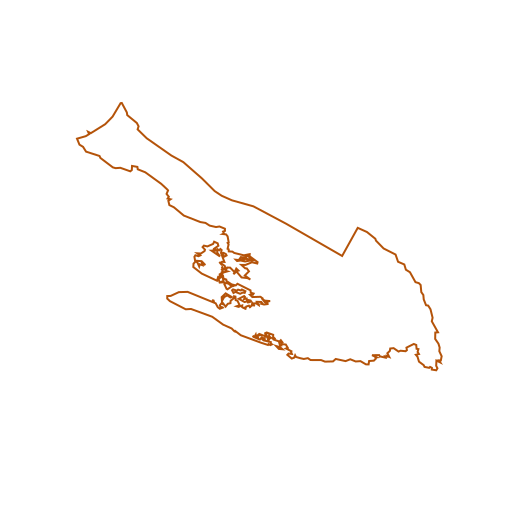 Buton Utara, Sulawesi Tenggara, Indonesia (Equal Earth projection), rotated 116°
{"feature_id": "22746128B51044624823813", "entity_name": "Buton Utara", "entity_type": "district", "adm_level": 2, "iso_a3": "IDN", "parent_name": "Indonesia", "parent_adm1": "Sulawesi Tenggara", "projection": "equal_earth", "projection_center": [123.089, -4.753], "detail": "fine", "context": "isolated", "style": "outline", "palette": "amber", "viewbox_px": 512, "rotation_deg": 116, "n_neighbors": 0, "source": "geoboundaries", "source_scale": "gbopen_adm2", "svg_char_len": 6133}
<svg xmlns="http://www.w3.org/2000/svg" viewBox="0 0 512 512"><g transform="rotate(116 256 256)"><path d="M229.0,468.3L233.3,463.5L233.7,459.3L236.7,454.5L234.7,440.5L236.1,438.8L239.1,423.5L238.6,420.7L236.2,416.6L235.0,406.1L233.2,405.3L229.4,406.9L227.9,401.7L229.9,400.3L229.3,392.2L232.7,372.8L235.1,364.9L235.6,363.8L239.4,363.6L241.0,360.3L243.1,360.6L242.5,357.7L244.8,359.0L248.2,356.2L248.2,351.2L251.3,338.6L249.9,320.9L248.4,315.9L249.0,311.0L247.5,304.6L245.5,301.8L245.1,295.9L247.0,294.9L248.5,296.3L249.8,294.7L250.8,295.5L249.7,292.4L250.8,290.1L255.8,286.5L256.7,287.2L257.6,285.7L262.0,284.7L262.0,283.5L263.8,282.5L262.4,279.1L262.8,276.9L260.7,267.2L257.1,262.5L259.0,261.7L260.8,251.9L262.2,251.6L263.4,256.9L268.7,261.6L270.4,265.2L271.8,260.3L271.2,258.8L272.9,255.6L278.4,257.5L279.6,250.8L279.6,254.0L281.6,259.6L278.5,266.8L282.2,268.2L279.9,268.2L277.8,274.2L279.0,276.8L282.6,276.9L282.3,274.9L285.4,278.4L288.3,278.5L288.1,277.1L290.5,275.4L290.2,272.4L291.4,271.7L292.2,265.5L291.3,261.3L289.1,260.5L289.3,245.9L291.3,244.6L290.8,241.7L292.1,241.8L293.5,244.2L294.5,241.3L290.7,234.1L291.2,231.4L292.1,231.1L292.2,228.4L290.3,223.5L292.0,226.1L292.6,229.9L293.6,228.0L293.1,225.1L294.1,224.5L296.1,227.5L296.6,230.2L295.7,229.7L295.0,231.1L296.9,235.4L298.1,234.7L298.2,232.5L298.9,232.0L298.5,235.0L300.2,238.6L302.1,238.3L301.1,237.3L301.3,235.2L301.5,237.3L304.3,239.3L305.2,238.2L303.7,240.6L305.7,242.6L308.1,242.5L308.2,243.7L307.8,242.7L307.2,243.4L308.2,244.5L308.0,246.1L306.5,246.7L309.4,249.4L309.7,251.4L307.4,249.1L304.3,253.1L304.6,254.9L301.5,256.7L301.8,258.0L303.4,257.3L307.4,259.2L309.6,258.3L311.3,260.4L314.8,261.1L312.9,265.0L313.8,264.5L313.9,266.4L316.2,266.9L317.3,265.6L316.8,263.5L316.9,263.2L319.3,265.4L318.8,267.9L316.2,271.5L318.2,301.7L322.3,309.5L329.3,315.2L330.9,318.2L333.2,317.1L334.3,313.6L334.7,295.8L332.1,291.2L329.8,268.7L332.1,255.4L331.8,246.1L333.1,242.5L333.1,240.7L332.3,242.8L333.9,234.9L331.7,213.1L330.7,206.2L329.7,206.1L329.8,204.0L328.4,202.9L328.2,204.4L326.9,204.9L328.5,212.3L327.9,214.5L326.7,214.0L326.5,215.1L329.4,215.9L329.8,222.8L329.2,223.9L329.2,221.9L326.8,221.8L328.6,220.5L328.2,218.6L326.8,219.8L325.6,217.9L325.5,219.3L324.6,218.9L324.0,211.0L322.6,213.0L321.3,213.9L320.1,212.9L319.3,206.0L321.3,205.1L322.2,202.1L322.7,204.7L323.4,203.7L322.6,197.4L320.8,196.8L321.9,194.6L324.0,196.9L325.7,195.3L325.2,193.9L323.9,194.2L322.5,190.4L324.6,187.2L326.0,188.5L326.1,181.5L326.4,183.0L328.3,180.8L329.4,184.0L331.1,184.5L332.5,178.9L330.6,177.1L328.1,177.3L329.2,175.8L328.4,171.2L327.6,167.9L325.1,164.6L325.6,161.4L321.0,151.8L320.7,147.7L317.0,140.6L313.6,139.2L311.2,129.4L307.5,126.0L307.1,120.2L304.7,116.0L305.2,109.7L304.1,107.3L300.8,108.3L298.4,104.2L295.8,103.3L294.9,104.2L294.2,103.1L294.3,108.2L291.1,101.9L291.9,100.6L290.6,95.1L289.7,96.1L289.3,94.5L288.5,94.9L288.3,92.0L285.8,95.3L282.6,94.1L280.3,94.8L278.5,91.9L279.4,86.0L277.8,84.6L276.0,79.8L274.5,79.1L272.4,80.6L265.9,75.6L265.7,73.0L269.0,71.0L268.5,69.2L271.4,68.7L272.7,66.6L274.7,69.0L275.8,66.6L279.5,63.2L280.6,57.4L281.8,55.9L280.6,51.3L279.4,50.9L279.4,48.9L281.0,48.2L279.7,43.9L277.4,43.7L275.7,45.9L270.9,48.0L270.9,43.7L269.6,45.8L268.8,44.1L264.7,45.2L261.2,49.5L257.8,50.8L254.8,53.6L252.0,58.6L246.2,61.3L244.8,59.0L237.6,69.4L234.1,70.2L227.4,75.8L225.1,79.5L225.7,81.6L221.5,86.2L217.7,88.5L216.0,91.6L209.9,95.3L209.0,97.7L209.6,101.2L203.1,110.5L202.6,115.3L198.6,119.0L198.9,125.8L193.5,131.2L193.3,144.6L189.6,154.9L188.2,156.3L185.8,166.8L186.1,176.9L218.2,178.6L213.8,242.9L212.5,280.1L216.5,302.0L216.9,313.2L215.8,321.5L210.0,338.5L203.5,362.4L202.8,376.1L198.1,405.8L194.1,417.9L190.9,418.4L188.7,421.4L185.8,433.5L183.6,435.0L177.3,443.7L178.0,444.7L193.6,446.0L203.6,449.3L218.0,458.3L218.0,461.3L219.6,459.4L222.9,461.5L229.0,468.3ZM282.0,279.7L280.3,278.2L278.6,279.8L278.0,283.5L278.7,283.5L277.7,285.9L277.5,286.3L277.8,284.7L276.1,284.0L275.2,281.8L268.6,288.8L265.7,289.5L265.3,291.1L267.0,291.6L266.8,293.6L269.9,292.4L272.2,288.2L270.7,298.3L269.7,296.4L268.1,297.0L263.3,294.3L261.4,296.0L261.5,299.9L263.9,299.8L268.7,303.9L269.5,307.4L271.4,307.9L272.7,304.6L274.1,304.4L277.9,306.6L279.3,309.9L279.9,306.4L281.4,307.6L281.9,310.8L283.7,311.0L286.9,308.7L284.5,302.6L286.3,297.6L286.2,301.3L287.7,299.9L288.1,302.9L290.3,302.5L287.6,305.7L287.2,307.8L290.3,308.8L293.4,307.5L295.6,297.0L295.3,280.2L291.2,280.9L290.0,279.2L288.4,280.6L285.8,279.0L285.0,280.4L285.4,279.1L284.6,278.7L283.3,280.5L282.2,279.1L281.9,280.9L281.2,281.5L280.8,281.4L282.0,279.7ZM294.1,250.0L292.3,250.1L292.3,254.0L293.6,254.5L294.1,257.4L295.5,258.0L296.1,262.0L297.3,262.5L299.1,260.0L297.3,258.9L296.9,253.7L294.6,251.8L294.1,250.0ZM299.6,242.1L299.0,240.3L298.4,241.4L299.3,245.1L298.3,245.8L299.9,247.8L297.6,248.0L297.2,249.1L302.0,252.7L302.4,246.1L300.5,243.9L301.3,242.9L300.3,241.6L299.6,242.1ZM298.5,267.1L293.8,264.4L292.9,268.7L293.5,271.2L295.2,272.1L298.4,268.1L298.5,267.1ZM306.9,266.6L304.0,264.6L304.5,260.8L303.5,259.9L302.9,266.9L308.0,268.8L311.4,266.9L306.9,266.6ZM295.8,277.0L293.8,273.6L293.6,275.1L292.7,274.2L288.8,277.6L293.2,279.5L295.8,277.0ZM262.8,263.4L262.0,260.9L262.6,259.2L260.9,256.4L259.7,263.2L261.3,265.0L262.8,263.4ZM266.7,267.4L265.7,263.4L262.7,259.3L262.9,263.9L266.7,267.4ZM323.9,209.3L323.1,205.9L322.4,209.3L320.4,209.5L320.0,211.7L322.1,213.2L323.9,209.3ZM268.5,287.9L270.4,284.2L268.4,282.7L267.5,283.8L267.4,286.6L268.5,287.9ZM328.1,198.4L329.5,194.7L328.2,191.3L327.4,194.5L328.1,198.4ZM263.8,265.3L262.5,265.8L263.6,269.1L266.0,269.5L266.0,267.4L264.2,267.1L263.8,265.3ZM276.8,265.4L275.9,268.2L277.8,268.2L277.9,266.6L276.8,265.4ZM268.2,272.5L268.8,270.8L267.6,269.0L267.2,269.8L268.2,272.5ZM293.2,263.5L292.1,262.4L292.8,264.8L293.2,263.5ZM326.6,213.5L327.2,212.4L326.9,211.7L326.1,212.2L326.6,213.5ZM260.0,258.9L260.7,256.2L260.5,255.5L260.0,256.8L260.0,258.9ZM326.6,207.8L325.4,207.7L325.7,208.7L326.6,207.8ZM268.7,296.0L269.0,294.9L268.4,294.5L268.1,295.3L268.7,296.0ZM315.6,273.5L314.6,274.7L315.0,276.1L315.2,274.3L315.6,273.5Z" fill="none" stroke="#b45309" stroke-width="2"/></g></svg>